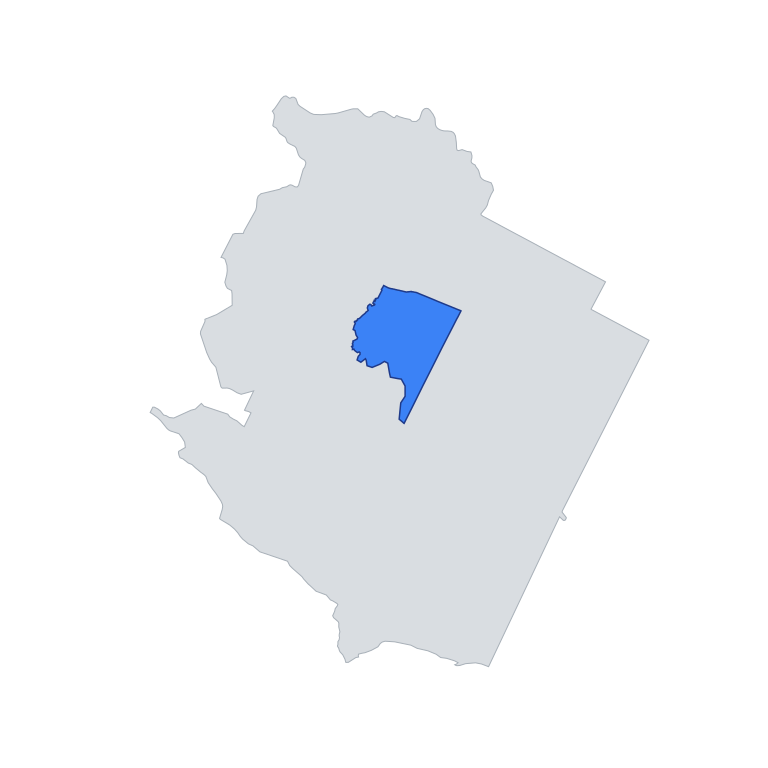 Soudari, North Kordufan, Sudan shown in context, rotated 117°
{"feature_id": "16777658B52132204049815", "entity_name": "Soudari", "entity_type": "district", "adm_level": 2, "iso_a3": "SDN", "parent_name": "Sudan", "parent_adm1": "North Kordufan", "projection": "orthographic", "projection_center": [27.862, 15.17], "detail": "fine", "context": "in_parent", "style": "filled", "palette": "blue", "viewbox_px": 768, "rotation_deg": 117, "n_neighbors": 0, "source": "geoboundaries", "source_scale": "gbopen_adm2", "svg_char_len": 7373}
<svg xmlns="http://www.w3.org/2000/svg" viewBox="0 0 768 768"><g transform="rotate(117 384 384)"><path d="M515.6,579.4L509.6,579.5L508.9,578.1L508.9,574.1L509.5,571.1L511.7,566.3L511.1,563.7L511.3,560.0L509.7,555.8L494.9,544.0L492.0,540.7L484.2,537.9L485.5,534.4L481.8,509.5L483.3,506.6L483.7,502.2L483.6,498.4L485.3,491.9L485.5,489.2L470.1,489.4L470.0,492.2L470.7,495.2L470.7,496.4L449.3,497.0L458.0,506.6L458.5,510.9L458.1,516.2L458.2,519.7L458.8,521.9L461.1,526.2L461.0,527.1L460.5,528.1L445.4,541.4L442.9,547.5L440.9,550.7L436.5,556.2L422.7,570.3L420.4,571.3L409.8,571.9L408.7,572.3L407.9,572.9L407.4,572.8L398.2,564.7L382.8,555.0L372.7,560.3L369.9,562.2L369.9,566.9L368.4,569.3L365.6,572.0L358.1,573.7L354.2,575.1L349.6,577.8L345.0,582.3L344.7,584.6L345.2,586.7L319.2,586.6L317.5,585.0L313.7,577.7L311.0,578.1L287.4,577.2L284.0,578.0L277.2,580.9L273.8,581.4L270.3,580.0L257.9,565.4L255.2,563.7L252.4,560.2L249.8,558.7L248.9,557.6L248.6,556.0L248.7,552.8L247.9,550.8L245.9,550.3L229.2,553.5L226.8,553.1L223.3,553.7L222.1,554.3L220.7,556.2L220.4,560.1L219.9,562.1L218.6,564.3L213.8,569.1L212.8,571.2L212.9,576.7L212.6,579.4L211.9,580.6L209.8,582.7L209.0,583.9L208.1,590.8L205.5,594.9L204.8,596.4L204.7,599.4L204.2,600.4L196.7,602.6L193.8,604.1L192.1,606.4L191.6,607.4L188.4,606.5L184.3,605.9L176.4,605.0L173.2,603.8L171.8,602.1L172.3,597.9L171.5,597.0L170.3,596.3L169.4,594.4L169.6,592.2L173.9,587.5L174.7,584.9L176.0,572.8L175.7,569.0L172.5,562.1L165.1,550.2L163.3,547.9L154.0,537.9L152.9,536.5L150.7,532.3L153.4,523.4L153.6,520.9L153.0,518.3L150.6,516.4L148.5,516.1L145.8,513.6L144.0,512.5L142.4,510.3L141.3,507.3L142.3,496.8L141.8,495.3L139.4,494.9L138.9,494.1L139.0,492.1L137.9,486.0L136.5,481.0L137.3,478.3L135.4,474.4L131.6,472.7L124.1,473.8L121.8,473.5L120.2,472.7L119.1,471.3L118.6,469.7L119.2,467.2L121.4,462.8L124.1,459.2L129.6,455.9L131.1,454.2L131.9,452.2L132.1,449.9L131.8,447.5L131.2,445.3L129.7,442.3L128.4,438.8L128.4,436.6L129.1,434.9L130.6,432.9L136.0,429.2L141.5,426.0L142.5,424.9L142.2,423.5L139.7,420.8L139.1,415.6L137.8,411.9L140.6,409.3L142.7,408.3L145.9,407.6L147.1,406.5L147.5,404.3L147.5,402.2L148.7,400.7L150.3,397.4L151.6,395.9L155.8,392.1L156.8,389.6L157.1,387.2L156.1,379.8L158.6,376.8L161.7,374.4L166.1,374.6L172.9,374.2L177.6,373.2L180.9,373.3L188.4,374.9L189.2,374.3L189.6,372.3L192.4,233.0L223.1,233.5L223.5,233.3L224.7,167.7L415.7,167.5L417.3,167.2L420.2,161.0L421.4,160.6L423.4,160.9L424.1,162.3L422.6,167.3L588.4,162.5L589.2,170.0L590.9,175.9L596.1,184.3L600.4,188.7L601.9,191.2L602.1,192.4L602.0,193.5L600.7,192.3L598.7,191.5L598.6,195.5L600.0,203.7L602.0,209.4L601.1,214.8L601.8,223.8L604.5,234.5L604.5,241.5L608.9,257.5L612.7,266.3L614.7,268.4L616.9,269.5L620.9,270.1L627.1,274.4L632.1,279.0L633.9,281.4L636.3,284.1L637.9,283.5L638.8,282.7L640.5,284.9L648.2,289.4L649.4,291.6L646.9,293.9L644.0,297.8L642.7,301.4L641.9,302.6L639.5,304.9L639.2,306.0L638.1,306.7L637.0,306.8L634.5,308.1L632.2,307.9L629.9,308.6L629.0,309.5L627.2,310.3L624.8,310.8L621.0,314.0L617.7,315.6L616.6,316.8L615.1,322.8L613.8,324.5L608.8,324.8L606.3,325.5L602.9,324.9L601.3,325.1L600.9,326.4L600.5,331.5L600.7,333.7L598.2,339.6L599.5,350.4L597.1,358.7L596.7,360.5L594.2,367.1L592.9,369.6L589.8,381.8L588.6,385.5L585.7,389.5L589.9,418.4L587.7,427.3L588.0,432.2L586.4,439.4L585.1,442.8L582.9,446.8L581.1,451.4L579.7,457.3L578.9,468.5L578.4,469.5L569.2,471.2L566.4,472.1L564.5,473.4L562.2,476.3L557.7,484.3L555.4,489.2L551.7,495.9L547.3,500.7L546.5,503.0L545.8,507.2L544.3,513.9L542.9,518.7L543.3,522.5L542.0,529.1L542.3,532.3L540.8,534.1L538.7,535.9L537.2,536.4L530.7,532.2L526.2,535.3L523.5,539.7L521.4,544.1L522.8,553.1L522.7,555.1L522.1,557.3L518.0,566.4L516.8,570.5L515.6,577.7L515.6,579.4Z" fill="#d9dde1" stroke="#a8b0b8" stroke-width="1"/><path d="M337.8,348.7L325.3,348.8L301.4,348.7L299.3,348.7L298.7,348.7L296.0,348.7L294.9,348.7L293.8,348.7L292.9,348.7L290.8,348.6L289.0,348.6L288.4,348.6L287.7,348.6L285.7,348.6L285.0,348.6L284.8,348.6L284.7,348.6L284.3,348.6L284.2,348.6L283.9,348.6L283.9,348.8L283.9,349.1L283.9,349.3L283.9,349.8L284.0,349.9L284.0,350.1L284.0,350.9L284.1,351.0L284.1,351.6L284.2,352.5L284.2,353.0L284.3,353.6L284.4,355.5L284.7,358.2L284.7,358.9L285.2,364.4L285.8,371.5L286.0,373.5L286.2,376.9L287.0,387.1L287.5,392.9L287.6,394.1L287.6,394.4L287.6,394.5L287.6,395.1L287.7,395.5L287.7,395.9L287.7,396.3L287.8,396.6L287.9,397.2L288.3,398.3L288.5,399.1L288.6,399.5L288.7,399.9L288.8,400.0L289.0,400.8L289.1,401.0L289.2,401.4L289.2,401.6L289.3,401.6L289.3,401.9L289.4,402.1L289.7,402.4L289.8,402.6L290.1,403.0L290.2,403.3L290.4,403.6L290.6,403.8L290.8,404.1L290.9,404.3L291.0,404.4L291.0,404.5L291.4,405.1L291.6,405.3L291.8,405.6L291.9,405.9L292.0,406.1L292.1,406.7L292.2,406.9L292.4,407.8L292.7,408.9L292.7,409.1L292.8,409.6L293.0,410.3L293.1,410.7L293.2,411.1L293.3,411.3L293.6,412.8L293.7,413.2L294.1,414.4L294.3,415.2L294.5,416.2L294.7,416.8L294.9,417.9L295.2,418.8L295.3,419.1L295.4,419.8L295.6,420.3L295.8,420.9L295.9,421.3L296.0,421.6L296.0,421.8L296.1,422.0L296.2,422.5L296.2,422.8L296.3,422.9L296.3,423.1L296.3,423.3L296.3,423.5L296.4,423.8L296.4,424.0L296.4,424.5L296.4,425.0L296.4,425.6L296.4,425.8L296.4,426.1L296.4,426.4L296.4,426.5L296.4,427.0L296.4,427.4L296.4,427.6L296.4,427.9L296.4,428.3L296.4,428.6L296.4,428.9L296.4,429.0L297.7,429.0L297.8,429.0L298.7,429.0L298.9,429.0L299.0,429.1L299.4,429.1L299.5,429.1L299.8,429.1L300.0,429.1L300.6,429.2L300.8,429.3L301.4,428.4L301.6,428.4L301.8,428.4L302.5,428.4L302.8,428.4L303.3,428.4L304.7,428.4L304.8,428.4L305.3,428.4L306.0,428.4L306.5,428.4L306.8,428.4L308.3,428.4L309.6,428.4L309.8,428.4L310.1,428.4L310.2,428.5L310.6,428.9L310.8,429.2L311.4,429.9L311.8,430.4L312.3,430.3L312.8,430.1L313.0,430.0L313.4,430.2L313.5,430.3L313.5,430.2L313.4,430.1L313.1,429.7L314.6,429.6L314.7,429.9L314.7,430.0L314.8,430.1L314.7,430.1L314.4,430.0L314.3,429.9L314.2,430.0L314.3,430.1L314.5,430.3L314.9,430.5L316.2,430.7L316.3,430.7L317.1,430.5L317.3,429.7L317.1,429.2L317.1,428.9L317.1,428.7L317.2,428.4L317.6,428.3L317.9,428.3L318.0,428.4L318.1,428.5L318.3,428.7L318.5,428.9L318.8,429.1L319.1,429.4L319.8,430.0L320.0,430.3L320.1,430.5L319.9,430.7L319.7,430.7L319.7,430.8L319.7,431.0L319.5,431.3L319.3,431.5L319.2,431.7L319.3,432.4L319.3,432.8L319.7,433.0L321.5,433.8L323.8,433.4L324.7,432.5L325.0,432.2L325.6,431.5L327.4,432.2L327.6,432.4L327.9,432.6L329.2,432.8L329.3,432.8L330.2,433.2L330.3,433.2L332.2,434.1L333.1,434.5L333.5,434.5L333.9,434.7L334.5,434.9L335.5,435.2L335.8,435.4L336.3,435.5L336.6,435.6L336.8,435.7L338.0,437.0L338.5,437.0L339.0,436.7L339.3,437.0L340.1,437.0L340.3,437.5L340.7,437.3L341.0,437.3L341.4,438.0L341.5,438.3L341.5,438.5L342.2,438.6L342.7,437.7L343.3,437.0L344.6,437.0L345.5,437.0L349.5,436.2L349.5,434.1L353.1,431.1L354.6,428.6L356.1,428.4L358.5,430.1L359.9,431.2L361.2,430.3L361.8,430.6L362.6,430.4L363.1,429.6L364.5,429.0L364.8,429.7L365.4,429.9L365.7,429.2L366.1,428.4L367.6,427.8L366.6,426.6L367.4,425.6L367.9,423.1L368.0,421.8L366.7,420.7L366.9,419.6L368.5,418.8L371.0,419.5L374.8,418.9L375.1,414.5L369.9,412.0L371.0,410.6L375.4,407.4L374.6,402.1L368.2,396.6L363.7,393.9L363.7,390.1L371.6,384.2L375.0,381.4L373.0,374.4L371.8,370.8L376.2,364.3L385.4,359.6L393.2,360.5L408.5,354.5L409.1,351.8L409.5,350.2L410.0,348.3L410.0,348.2L393.6,348.3L383.3,348.4L367.6,348.6L360.1,348.6L337.8,348.7Z" fill="#3b82f6" stroke="#1e3a8a" stroke-width="1.5"/></g></svg>